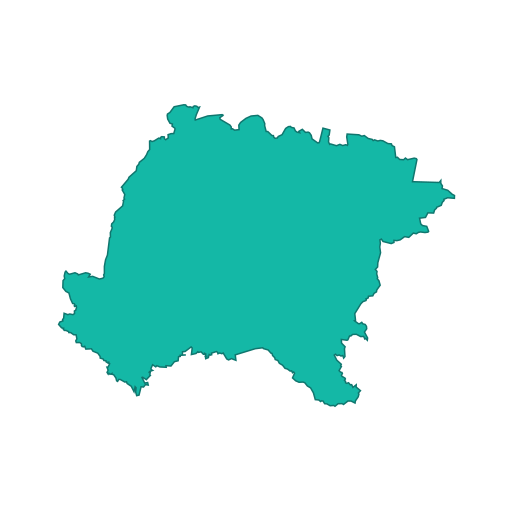 outline of Jalpa, Zacatecas, Mexico, rotated 172°
{"feature_id": "50627088B74284506358028", "entity_name": "Jalpa", "entity_type": "district", "adm_level": 2, "iso_a3": "MEX", "parent_name": "Mexico", "parent_adm1": "Zacatecas", "projection": "albers", "projection_center": [-103.014, 21.631], "detail": "fine", "context": "isolated", "style": "filled", "palette": "teal", "viewbox_px": 512, "rotation_deg": 172, "n_neighbors": 0, "source": "geoboundaries", "source_scale": "gbopen_adm2", "svg_char_len": 6122}
<svg xmlns="http://www.w3.org/2000/svg" viewBox="0 0 512 512"><g transform="rotate(172 256 256)"><path d="M458.5,211.9L456.6,211.2L457.1,210.6L456.2,209.0L454.5,208.7L452.1,207.2L452.0,206.2L450.1,205.9L447.5,203.4L445.1,203.0L444.9,198.9L446.3,197.0L446.0,195.3L442.5,194.8L441.1,193.5L441.3,191.6L440.8,190.6L439.3,190.0L438.2,190.4L437.5,187.5L431.9,187.0L430.7,184.4L426.2,181.8L424.3,178.2L424.5,176.6L421.7,175.3L421.2,173.7L419.1,173.1L419.2,172.1L417.6,170.7L417.1,171.5L416.5,171.3L416.8,170.4L415.9,169.7L418.0,166.6L419.1,166.7L418.3,163.5L419.7,161.5L418.8,159.5L418.0,160.4L417.1,159.2L415.1,159.7L415.4,159.0L413.5,158.3L411.7,154.7L411.4,151.8L410.5,151.1L409.1,152.9L407.6,152.6L403.4,149.4L401.7,149.5L401.4,147.7L397.7,144.4L395.7,138.6L393.9,143.4L393.1,142.2L394.1,138.1L393.6,134.3L391.2,134.5L388.0,142.5L385.6,141.9L383.4,144.0L380.7,143.2L380.9,145.8L383.9,145.7L385.8,151.6L385.1,151.7L381.8,148.8L377.2,152.5L377.7,153.1L376.9,155.6L377.9,155.7L377.5,156.4L374.3,157.1L375.5,158.0L375.7,159.2L373.5,162.7L370.7,160.2L369.5,161.2L366.6,159.5L360.4,158.3L360.4,159.9L355.5,158.9L351.5,162.7L347.7,163.1L346.7,167.1L345.0,167.1L345.0,168.2L339.2,167.8L342.7,168.2L342.1,171.4L339.5,171.3L332.9,175.0L332.0,173.7L333.7,167.4L329.0,167.8L326.9,169.3L326.5,168.6L323.7,168.7L321.8,166.0L320.0,165.9L320.1,166.5L319.3,165.9L320.2,163.8L319.3,163.6L320.1,163.3L320.1,161.3L317.3,162.0L316.1,165.0L315.1,164.2L313.6,164.4L313.6,166.0L308.5,166.9L307.4,165.8L307.3,164.5L305.4,165.0L303.4,164.0L302.0,164.5L299.3,158.1L297.6,156.9L294.6,157.8L290.4,155.5L290.3,161.0L269.7,164.3L262.1,164.2L261.6,163.3L257.1,161.3L254.7,157.7L253.7,157.3L253.4,155.1L251.6,152.7L251.4,150.8L248.9,149.5L247.8,146.5L244.9,144.2L242.9,140.7L240.6,139.7L238.2,137.3L236.7,137.3L236.1,135.3L234.8,135.9L234.1,134.6L236.8,130.2L234.1,126.9L231.0,125.0L226.9,124.6L225.3,123.7L223.2,120.1L220.3,117.8L218.2,112.5L217.3,105.5L213.9,104.7L212.3,102.9L211.1,103.5L209.7,102.9L208.6,100.2L206.4,99.7L203.4,97.4L199.8,97.2L198.7,96.2L195.3,98.3L191.2,97.8L190.0,96.8L185.1,99.6L182.0,99.1L178.4,96.6L177.7,98.7L174.4,102.3L173.3,104.9L173.7,106.1L171.3,108.1L175.1,112.3L174.7,114.5L178.3,112.4L179.2,115.3L180.5,115.3L182.0,117.6L183.9,117.3L184.9,118.0L184.8,119.4L185.7,120.6L184.6,121.8L184.8,122.6L187.7,125.0L188.0,126.0L186.8,127.6L187.1,128.7L188.4,129.2L189.7,130.9L186.8,134.7L187.5,135.5L186.6,136.9L190.5,141.6L192.3,147.0L190.9,147.7L189.6,146.1L187.4,146.4L185.7,145.1L183.9,145.4L183.4,142.7L181.9,144.1L181.3,151.9L180.4,153.7L183.4,157.8L183.1,161.5L177.6,159.9L176.7,160.2L174.5,163.8L173.2,163.6L171.2,164.9L167.5,164.5L163.5,161.6L160.6,161.4L159.8,158.7L159.0,159.1L157.5,157.1L156.9,159.3L159.2,165.6L156.5,168.5L156.4,171.0L157.4,173.0L159.7,174.0L160.5,175.6L162.8,174.5L164.1,174.8L167.5,178.2L166.4,178.5L166.2,185.2L158.8,194.1L156.5,195.9L153.3,196.6L152.8,197.5L153.1,198.2L150.7,198.9L150.3,200.5L145.9,200.3L144.3,202.6L141.7,203.7L141.1,205.6L137.1,209.8L137.7,214.4L139.1,216.6L138.5,217.7L139.0,221.5L138.3,223.9L139.7,226.1L137.1,228.2L136.3,232.4L132.2,241.9L132.2,247.7L131.1,251.3L131.1,254.7L129.5,255.3L128.2,252.7L120.4,249.5L117.5,250.2L117.2,252.3L114.4,251.6L111.0,251.9L106.1,254.5L102.1,253.2L97.0,256.8L94.2,255.7L91.8,256.8L89.7,256.9L85.4,255.7L82.4,255.7L81.6,256.4L82.8,261.6L86.9,263.0L88.4,264.9L88.8,270.7L82.8,270.6L79.8,274.8L74.1,273.8L72.7,276.8L70.7,278.1L70.3,279.1L65.5,280.4L64.0,283.3L62.1,284.7L62.1,286.0L58.1,287.0L51.5,285.5L51.0,288.3L53.1,289.8L57.0,294.4L62.4,296.9L61.6,299.4L62.9,302.3L62.5,305.0L64.3,303.3L90.7,307.8L83.2,329.1L83.7,330.1L85.7,330.9L92.5,330.3L94.4,332.2L96.4,330.8L100.3,331.6L102.2,334.1L103.9,334.1L103.7,344.9L105.9,346.4L106.3,348.2L109.8,349.0L114.3,352.4L116.9,353.2L119.3,352.9L122.4,354.5L123.9,354.0L124.7,355.3L128.6,356.8L132.0,360.2L134.6,359.9L137.2,361.7L148.8,364.1L149.6,361.3L149.5,353.9L150.1,352.8L151.5,353.7L154.8,353.3L157.4,354.9L160.9,354.0L166.6,356.6L167.5,356.3L168.3,358.9L167.4,363.0L168.1,364.5L166.7,365.6L165.3,370.5L171.9,373.3L177.0,360.6L177.8,359.4L179.2,359.4L184.2,364.2L184.5,367.8L185.9,370.6L187.1,371.4L189.8,371.5L192.5,375.0L196.2,373.5L195.6,372.0L198.1,372.9L199.6,374.4L200.5,377.5L203.1,378.4L203.8,379.5L205.9,379.6L208.9,378.2L213.3,372.5L217.3,371.3L218.5,369.9L220.8,369.9L221.8,371.0L222.0,372.8L223.5,373.1L227.0,377.6L228.6,377.9L229.3,383.8L228.9,385.9L230.0,390.1L230.9,391.9L234.6,395.0L241.4,395.3L246.8,393.7L252.7,390.4L254.8,388.0L255.2,383.5L259.7,383.6L261.6,385.3L262.8,385.2L262.6,387.4L263.6,389.3L272.4,396.3L272.6,398.0L269.4,399.6L269.0,400.0L269.9,400.7L284.3,401.4L297.2,399.1L297.2,400.5L295.4,404.3L291.2,411.3L292.7,411.1L293.8,412.5L295.7,413.2L297.3,412.8L297.8,411.6L300.7,413.0L301.5,412.6L303.9,413.9L304.6,415.4L306.5,415.8L316.3,415.2L321.3,410.1L323.9,408.9L324.4,407.5L324.4,403.9L322.7,399.4L320.4,398.3L321.1,396.3L318.6,393.9L318.5,393.0L320.4,388.7L323.0,389.0L326.2,388.4L326.4,385.2L329.2,383.7L330.4,384.9L330.2,386.7L332.7,387.3L334.0,386.7L334.2,385.4L335.9,386.3L340.7,384.2L343.0,383.8L344.5,384.9L345.4,384.6L346.5,376.2L348.5,374.5L350.3,371.5L353.1,368.2L358.5,365.0L359.3,363.2L361.5,361.3L362.7,357.1L370.8,351.7L371.9,349.8L379.7,342.8L379.0,342.0L378.7,340.4L379.3,340.0L377.4,335.2L378.7,331.7L378.2,330.6L379.9,329.4L379.6,328.5L381.1,324.2L388.9,319.1L390.7,316.1L390.3,314.0L390.8,313.6L390.8,311.9L392.2,309.6L394.4,307.9L395.1,305.6L394.4,304.5L394.8,303.1L397.0,299.4L397.5,295.0L398.5,294.3L403.0,277.6L405.5,273.2L407.6,266.8L408.6,259.7L409.5,258.5L409.2,256.7L409.9,256.0L410.8,255.3L414.3,255.0L420.6,258.6L424.7,258.5L422.7,261.0L424.7,262.3L427.1,263.1L434.6,262.0L435.0,263.0L437.6,264.6L443.2,263.9L444.5,264.7L446.3,267.5L447.3,266.6L448.7,262.9L448.6,260.1L450.5,258.5L451.7,251.6L449.2,247.4L446.4,245.4L445.7,239.4L444.2,234.5L442.5,233.9L442.2,233.0L442.9,232.0L442.7,231.3L440.9,231.6L440.9,229.9L442.1,227.4L443.5,226.8L443.7,224.3L445.4,223.4L448.5,224.5L450.5,224.1L454.0,226.0L455.1,221.3L456.4,219.9L456.3,218.6L459.5,217.9L461.0,215.7L458.5,211.9Z" fill="#14b8a6" stroke="#0f766e" stroke-width="1.5"/></g></svg>